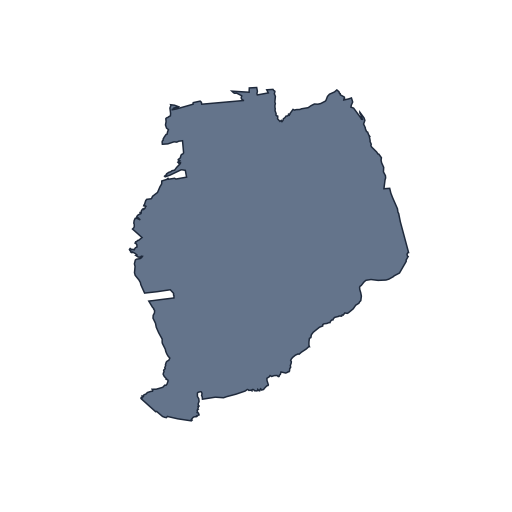 outline of Sapata, Arges, Romania, rotated 24°
{"feature_id": "2599482B9087219169175", "entity_name": "Sapata", "entity_type": "district", "adm_level": 2, "iso_a3": "ROU", "parent_name": "Romania", "parent_adm1": "Arges", "projection": "equal_earth", "projection_center": [24.732, 44.739], "detail": "fine", "context": "isolated", "style": "filled", "palette": "slate", "viewbox_px": 512, "rotation_deg": 24, "n_neighbors": 0, "source": "geoboundaries", "source_scale": "gbopen_adm2", "svg_char_len": 6126}
<svg xmlns="http://www.w3.org/2000/svg" viewBox="0 0 512 512"><g transform="rotate(24 256 256)"><path d="M390.2,218.0L394.0,213.2L395.4,199.9L394.8,198.5L395.2,194.6L394.5,194.6L393.2,192.9L393.4,191.2L394.0,190.8L373.9,166.0L369.1,159.2L367.8,158.2L366.0,155.3L357.0,147.1L353.6,143.7L350.6,139.8L345.5,142.5L342.9,133.9L342.7,132.0L341.6,130.0L338.2,127.3L336.6,123.1L332.8,119.7L331.3,117.6L330.6,115.2L326.8,113.0L325.9,113.2L323.9,111.9L317.3,109.4L316.0,108.3L315.8,107.0L313.6,105.0L313.3,104.1L311.0,100.8L311.3,100.5L309.5,99.4L307.6,97.4L306.4,97.4L304.2,95.3L303.6,94.3L300.6,91.7L300.3,87.8L298.5,85.9L292.4,82.4L292.7,83.1L294.4,84.4L297.6,87.9L296.7,88.2L295.2,87.0L285.0,81.2L282.2,81.4L281.7,79.4L281.7,76.0L278.9,72.8L276.5,75.0L272.7,77.8L272.4,76.8L272.8,76.1L272.1,74.9L267.4,74.4L266.9,73.4L265.9,73.3L265.0,72.2L262.3,71.4L261.0,74.2L257.3,78.3L256.4,81.1L256.6,85.4L256.3,86.4L253.1,90.4L250.7,92.2L247.5,93.4L245.2,96.2L243.3,99.3L237.7,103.0L236.5,104.3L233.2,105.9L231.8,107.1L230.2,107.0L229.2,111.7L229.3,112.5L228.2,113.0L229.0,114.0L228.0,114.4L227.9,115.2L226.5,116.0L226.2,117.8L225.2,119.5L225.5,121.0L225.1,122.7L224.8,122.8L223.9,121.9L223.1,123.3L219.9,121.9L219.3,120.0L218.8,119.3L217.9,119.6L216.9,119.1L216.5,117.8L214.3,115.5L213.6,113.5L212.9,112.6L212.0,110.6L211.7,108.9L210.6,107.7L208.8,102.3L206.8,100.4L206.4,98.1L206.0,97.7L204.9,97.6L203.7,96.9L198.2,99.8L200.9,102.0L191.7,108.3L190.8,107.3L190.3,105.0L188.1,101.8L181.5,105.2L183.1,109.2L166.9,115.2L169.2,116.0L170.4,116.0L172.0,115.1L177.7,115.4L177.9,115.6L178.0,117.2L178.7,118.3L180.7,119.0L181.8,118.8L144.7,139.4L143.6,137.8L142.0,137.2L136.3,141.4L136.4,142.2L136.8,142.9L123.3,154.2L120.0,156.5L119.8,156.1L120.8,155.2L120.8,154.2L122.8,152.6L123.7,152.5L124.6,151.1L120.2,151.4L116.6,152.5L117.0,152.8L117.2,155.9L120.0,160.5L120.8,162.8L119.7,164.1L119.2,165.2L118.5,165.7L117.8,166.9L117.8,167.3L119.2,169.8L120.0,173.1L122.2,175.5L124.6,176.2L124.7,178.5L125.2,180.9L124.4,181.6L123.8,184.7L123.6,186.9L124.1,188.1L123.7,188.8L123.8,189.9L125.0,192.0L129.9,189.4L134.7,185.0L137.3,184.2L138.8,182.5L142.0,180.6L147.9,191.2L147.6,192.6L146.6,193.6L146.6,195.5L147.0,197.0L145.7,199.5L146.0,200.0L147.6,200.0L146.4,202.1L147.8,202.7L148.4,201.6L149.0,201.3L149.3,202.3L147.5,207.2L146.7,210.7L144.6,212.2L143.8,213.7L142.3,215.0L140.9,217.3L141.2,217.8L140.0,220.3L140.8,220.6L144.3,217.4L152.2,208.1L153.1,207.4L156.6,206.5L160.5,212.2L151.5,218.3L150.0,218.1L144.8,221.5L144.1,220.8L143.6,221.2L143.6,222.1L139.4,225.8L140.5,228.5L140.1,231.8L140.2,238.0L137.2,243.5L137.2,245.7L136.9,246.4L133.1,248.7L132.7,250.3L133.2,254.5L132.9,255.0L133.0,255.8L135.0,255.2L135.3,255.5L134.9,256.3L135.2,257.3L134.4,259.3L134.1,259.4L133.7,258.8L133.3,259.3L132.9,261.2L133.5,263.1L131.8,263.5L133.6,263.7L133.6,264.1L131.7,266.3L131.2,267.5L131.1,269.0L132.7,269.0L135.6,270.1L132.4,270.0L131.1,270.3L130.3,270.8L130.3,273.3L131.0,275.7L131.9,276.6L132.8,278.6L132.9,279.8L132.2,281.6L144.4,285.5L142.4,289.4L141.6,289.9L140.9,291.7L140.3,292.0L140.3,293.4L140.9,293.3L142.6,294.2L143.6,296.2L142.5,297.5L142.1,300.0L140.9,299.9L140.0,300.7L138.0,300.3L137.7,301.5L138.2,302.0L139.3,302.3L139.7,303.2L140.9,303.5L141.5,303.2L141.3,302.7L141.5,302.6L144.5,302.8L146.8,303.5L146.8,304.0L146.2,304.4L148.8,304.9L150.9,304.1L151.3,302.8L152.4,302.5L152.1,304.1L151.2,305.5L148.0,307.6L147.4,308.8L148.1,312.6L149.8,314.8L151.8,320.7L153.5,322.8L158.8,325.5L161.2,327.3L162.5,329.1L169.3,335.2L180.4,328.7L191.4,321.7L195.6,323.5L196.1,323.9L196.5,325.2L197.2,325.6L198.1,327.7L176.4,340.8L182.1,344.8L184.0,345.7L184.1,346.1L185.6,347.1L186.4,349.4L186.2,352.0L187.2,354.7L191.5,358.3L193.9,361.7L198.3,365.7L204.1,370.1L205.3,372.9L206.0,373.9L211.0,378.0L212.4,379.9L214.3,381.7L216.5,383.3L218.8,384.3L218.8,386.6L217.5,388.4L217.2,389.5L217.5,392.2L218.0,392.8L218.1,395.2L218.8,395.7L218.7,396.5L218.2,397.2L218.2,398.2L219.0,399.0L219.0,400.7L219.3,401.8L221.1,403.3L224.5,404.8L224.3,405.1L226.0,405.2L226.5,405.9L226.8,409.0L226.4,410.7L225.2,411.1L224.2,413.9L219.0,418.3L215.3,420.0L216.5,421.0L216.4,421.7L215.1,422.4L212.3,424.9L211.6,426.9L210.2,428.3L209.8,429.5L210.3,430.0L210.2,430.4L208.9,430.3L209.6,431.9L208.7,432.1L208.8,432.7L209.4,432.6L209.5,433.2L227.7,439.1L228.5,438.4L235.8,440.6L238.2,440.5L239.9,440.1L240.3,438.6L250.6,436.6L264.0,432.9L264.4,431.9L263.4,431.6L264.2,429.0L264.9,428.1L266.9,427.0L266.7,426.3L267.3,426.4L268.0,424.8L268.6,424.3L267.2,422.8L265.9,423.0L265.8,421.9L265.0,420.8L265.5,419.8L265.1,419.8L264.9,417.9L264.2,417.1L264.3,416.7L265.0,416.4L264.9,416.1L264.0,415.7L263.5,415.0L263.2,414.1L263.2,412.2L261.8,409.7L259.8,408.3L259.4,407.7L258.2,405.0L258.6,404.0L260.5,402.5L261.4,402.4L262.7,403.7L263.1,405.7L264.0,406.3L265.3,408.6L276.3,401.5L284.0,398.7L286.3,396.5L293.9,390.4L301.0,383.8L302.3,381.5L303.2,381.3L304.1,381.7L305.7,380.8L307.2,380.8L306.8,379.7L307.5,379.1L308.6,379.2L309.4,379.7L311.6,378.9L312.2,378.3L311.9,377.2L313.8,377.9L314.3,377.5L314.0,376.3L314.3,375.4L315.6,376.2L317.2,374.9L317.6,373.2L318.7,370.2L319.7,369.4L319.7,368.7L316.7,365.3L315.7,363.3L317.3,360.8L317.5,359.5L319.3,359.7L321.2,357.9L323.8,356.6L325.4,357.1L325.9,356.9L326.1,356.6L325.8,355.6L326.4,354.2L326.0,351.8L330.8,350.8L332.4,349.1L332.5,348.5L333.2,348.3L333.4,347.4L332.5,344.9L332.9,344.3L332.9,343.5L331.9,342.1L331.7,339.4L331.2,338.0L330.1,337.3L330.2,335.7L330.7,333.8L332.3,330.6L334.2,328.4L335.3,328.2L336.6,325.4L339.8,320.4L341.1,317.3L341.7,317.1L340.6,315.9L339.3,312.9L338.3,309.5L339.3,308.2L338.6,305.4L339.3,302.4L342.9,295.3L345.4,292.8L344.9,291.4L345.7,290.3L348.2,288.8L349.7,287.2L350.7,286.8L350.6,285.3L351.3,283.6L352.3,283.1L352.2,281.7L352.9,280.0L356.0,277.6L356.3,277.0L358.7,276.1L358.7,274.7L359.7,274.5L360.3,271.9L362.7,271.3L363.5,270.3L366.3,264.7L367.1,260.4L369.2,257.3L369.3,255.6L369.9,254.2L368.6,249.8L366.5,246.8L364.4,244.4L363.3,242.3L363.4,241.2L364.1,240.2L365.2,235.9L366.3,233.5L370.6,230.7L377.5,228.6L384.5,225.1L386.8,223.1L390.0,218.8L390.2,218.0Z" fill="#64748b" stroke="#1e293b" stroke-width="1.5"/></g></svg>